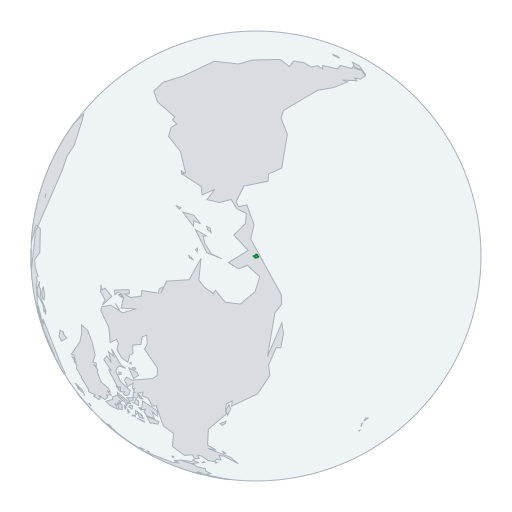 globe centered on Huehuetenango, rotated 222°
{"feature_id": "GTM-1943", "entity_name": "Huehuetenango", "entity_type": "Department", "adm_level": 1, "iso_a3": "GTM", "parent_name": "Guatemala", "parent_adm1": "", "projection": "orthographic", "projection_center": [-91.471, 15.613], "detail": "fine", "context": "on_globe", "style": "filled", "palette": "green", "viewbox_px": 512, "rotation_deg": 222, "n_neighbors": 0, "source": "natural_earth", "source_scale": "10m", "svg_char_len": 8829}
<svg xmlns="http://www.w3.org/2000/svg" viewBox="0 0 512 512"><g transform="rotate(222 256 256)"><circle cx="256" cy="256" r="225" fill="#eef3f6" stroke="#a8b0b8"/><path d="M307.2,283.0L301.9,280.9L297.1,287.9L278.5,278.0L271.2,265.0L211.4,244.2L204.7,237.3L203.8,226.1L180.2,189.0L192.1,223.6L183.6,216.7L176.2,204.3L179.7,201.4L173.7,183.4L165.7,176.4L162.6,154.4L173.7,128.1L176.7,132.4L179.1,126.2L175.4,120.8L172.4,118.8L175.5,95.3L165.5,83.1L155.7,85.1L163.1,80.7L140.1,89.4L130.4,89.7L145.4,86.0L150.1,83.1L145.6,81.2L149.4,78.0L149.5,75.4L154.5,72.0L162.8,70.9L166.2,68.8L162.8,67.7L165.7,64.1L170.2,65.9L175.6,60.0L190.7,58.6L198.6,69.0L211.1,67.7L230.1,78.0L232.4,75.1L241.1,78.0L247.1,76.0L248.9,79.2L252.1,75.0L249.3,72.6L249.8,70.1L253.0,68.9L255.9,72.4L254.7,73.5L257.3,74.0L257.3,76.4L259.1,74.6L262.3,79.4L264.0,73.0L270.6,75.6L271.3,79.3L264.9,80.9L250.7,95.9L249.5,101.3L254.2,106.8L276.6,112.2L277.9,117.9L284.3,124.1L286.5,119.7L282.3,113.3L288.0,107.3L282.2,101.0L283.6,97.9L280.2,91.3L287.6,90.4L296.6,93.3L299.9,99.1L303.9,100.8L306.4,94.2L317.8,104.6L334.6,111.5L336.8,114.9L331.1,122.3L317.1,124.4L309.6,136.7L321.4,127.1L326.7,136.7L330.5,137.9L334.3,136.8L335.0,132.8L338.3,136.0L327.9,146.0L324.7,143.1L328.1,139.8L321.5,141.2L314.5,149.2L317.7,154.0L303.7,163.0L305.9,166.8L304.0,171.3L301.6,164.4L305.7,177.3L289.8,193.7L295.2,217.4L282.4,199.8L273.2,198.3L262.4,199.4L263.1,203.2L247.9,201.1L235.4,209.8L232.8,228.9L239.5,243.2L256.2,243.2L260.4,234.8L272.1,232.6L265.6,254.9L286.5,256.8L285.5,273.2L291.8,281.2L301.8,278.3L312.3,281.4L319.0,271.3L330.2,265.0L331.3,278.1L336.8,265.4L343.5,271.0L365.3,267.5L363.9,270.7L382.3,283.2L400.9,286.3L405.2,294.8L403.1,301.1L409.2,301.3L409.3,305.1L432.1,304.6L442.4,310.2L441.2,323.1L430.8,340.7L417.3,372.8L397.5,387.0L389.7,399.3L369.6,418.2L357.9,419.2L358.5,426.1L349.8,431.7L341.4,433.3L337.7,438.5L331.4,439.5L333.9,442.2L320.6,449.6L320.7,454.1L310.2,459.5L310.5,461.8L307.6,462.0L303.9,463.3L302.5,464.7L295.2,463.2L296.7,457.4L301.9,454.0L298.2,453.8L309.5,444.7L304.4,446.8L311.1,433.0L321.1,420.4L333.0,382.5L329.6,375.1L314.1,367.4L295.7,338.5L301.6,325.4L297.2,319.6L311.7,300.0L307.2,283.0ZM64.1,210.6L65.4,205.4L66.2,209.2L64.1,210.6ZM65.2,202.0L64.9,203.8L64.9,202.2L65.2,202.0ZM64.5,200.7L65.0,201.6L64.2,201.0L64.5,200.7ZM63.3,199.5L64.0,199.9L63.9,200.1L63.3,199.5ZM295.0,225.6L318.8,235.1L306.2,237.7L308.5,235.4L302.2,231.1L290.9,227.7L279.6,231.0L295.0,225.6ZM62.2,196.2L62.0,195.2L62.8,195.1L62.2,196.2ZM303.5,211.6L299.5,211.1L303.3,210.6L303.5,211.6ZM170.5,118.6L174.9,121.1L176.8,127.5L172.7,125.7L170.5,118.6ZM167.5,107.5L170.6,107.3L167.7,113.2L166.8,111.4L167.5,107.5ZM147.8,87.8L150.7,88.7L146.6,89.0L147.8,87.8ZM148.6,75.7L146.5,76.6L147.4,75.0L148.6,75.7ZM276.4,92.3L278.2,91.8L277.9,93.3L276.4,92.3ZM273.1,90.1L271.4,92.2L269.6,91.4L270.7,90.2L273.1,90.1ZM155.9,68.4L157.9,65.9L157.3,68.2L155.9,68.4ZM275.7,87.8L266.6,89.9L263.4,88.7L265.0,83.0L275.7,87.8ZM160.0,64.3L164.9,58.8L160.8,60.1L175.2,54.1L166.3,60.3L166.2,62.8L163.5,62.6L160.0,64.3ZM247.0,72.4L250.1,74.9L244.5,74.0L247.0,72.4ZM243.3,72.5L225.3,74.7L222.3,70.9L228.9,70.7L222.6,67.1L230.0,64.1L235.1,65.4L235.6,68.3L238.0,65.1L243.3,72.5ZM182.3,51.9L184.8,50.7L183.8,51.8L182.3,51.9ZM249.5,69.1L246.2,69.6L243.3,66.3L249.5,64.6L248.4,66.1L249.5,69.1ZM217.4,67.9L216.3,65.4L222.0,62.1L222.4,60.8L229.9,63.7L217.4,67.9ZM250.7,66.3L252.7,63.8L257.1,64.4L252.6,68.3L250.7,66.3ZM240.0,66.2L238.9,64.6L241.5,64.9L240.0,66.2ZM273.5,66.0L269.5,66.3L267.7,64.5L273.5,66.0ZM253.2,62.9L251.7,62.7L250.5,62.2L252.7,60.8L253.2,62.9ZM233.4,61.5L236.0,60.8L230.6,60.1L234.6,58.0L238.9,60.5L238.8,58.5L240.0,57.9L242.1,60.7L233.4,61.5ZM251.4,57.9L258.2,60.9L266.0,60.5L267.8,61.9L255.0,62.4L251.4,57.9ZM245.8,59.2L249.7,58.7L250.0,60.6L247.5,62.2L245.8,59.2ZM235.8,55.8L228.5,58.4L227.8,57.8L235.8,55.8ZM253.6,57.3L251.9,56.6L254.1,57.0L253.6,57.3ZM241.2,55.7L238.7,56.6L238.0,55.9L241.2,55.7ZM250.6,54.7L252.8,55.6L251.2,56.6L250.6,54.7ZM246.2,54.9L245.9,53.7L249.3,56.4L245.2,55.3L246.2,54.9ZM241.0,55.0L239.7,54.8L242.1,54.7L241.0,55.0ZM255.4,50.8L260.1,53.9L256.5,56.0L252.5,52.5L255.4,50.8ZM306.4,466.5L295.4,464.0L302.0,465.0L309.1,462.4L313.9,464.5L306.4,466.5ZM326.1,459.0L332.9,456.8L333.8,457.3L329.3,458.9L326.1,459.0ZM409.4,91.0L408.1,89.9L413.0,94.5L414.1,95.5L418.7,100.2L414.4,96.5L420.0,104.3L436.7,127.0L438.0,132.0L434.7,132.1L419.1,114.1L418.0,105.2L412.4,99.7L404.5,95.2L404.8,93.2L401.5,90.7L400.3,87.6L390.5,78.6L388.0,75.5L376.5,68.1L373.6,65.8L381.3,70.6L385.3,72.8L378.2,66.8L374.6,64.5L367.6,60.4L366.6,59.7L381.7,69.0L396.0,79.5L409.4,91.0ZM366.4,59.6L360.7,56.6L355.5,53.9L366.4,59.6ZM353.8,53.0L357.6,55.3L349.5,51.7L340.6,47.7L338.8,47.2L353.3,53.9L358.4,56.3L361.4,57.5L375.9,65.8L380.0,68.9L368.0,62.8L372.5,66.9L361.2,61.3L328.7,45.0L319.1,41.0L319.6,39.9L326.8,42.1L329.5,43.2L331.9,43.9L353.8,53.0ZM314.6,38.5L314.3,38.4L314.0,38.3L314.6,38.5ZM261.9,30.8L242.9,31.6L232.2,32.2L234.1,31.8L216.4,34.5L205.7,36.5L207.5,36.2L200.1,38.2L203.4,37.5L203.7,37.7L186.4,44.4L180.6,46.4L175.1,50.4L176.0,50.5L180.1,49.1L175.2,54.1L160.8,60.1L159.4,59.5L151.3,64.2L149.4,62.6L144.1,64.0L146.8,60.5L142.3,62.4L139.6,64.2L131.6,68.7L125.7,72.2L131.4,68.3L142.0,61.7L155.3,56.7L150.9,57.7L155.4,55.4L156.0,54.7L152.6,56.0L150.0,57.3L154.3,55.0L168.8,48.3L183.6,42.7L198.9,38.1L214.4,34.6L230.1,32.2L246.0,30.9L261.9,30.8ZM480.0,232.3L479.2,246.4L476.1,240.8L465.3,217.1L463.1,203.2L457.4,190.2L438.3,133.0L440.1,131.6L431.8,115.2L441.4,128.0L450.0,141.6L457.7,155.7L464.3,170.3L469.9,185.3L474.4,200.7L477.8,216.4L480.0,232.3ZM451.8,158.0L454.0,162.0L451.8,158.0ZM366.0,267.2L368.7,269.3L365.3,269.9L366.0,267.2ZM305.0,243.3L309.8,243.2L312.5,245.0L308.9,246.0L305.0,243.3ZM344.1,239.4L349.4,239.9L344.1,241.7L344.1,239.4ZM322.4,236.2L339.9,239.6L329.7,244.7L318.6,242.8L326.0,240.8L322.4,236.2ZM302.3,219.5L305.4,220.2L304.8,222.7L302.3,219.5ZM306.3,211.4L305.2,211.7L303.5,209.8L306.3,211.4ZM327.3,136.0L328.3,135.4L332.3,135.1L330.9,137.0L327.3,136.0ZM347.2,125.2L352.1,130.8L347.6,127.8L346.7,131.1L336.2,129.5L337.4,116.5L338.7,122.4L347.2,125.2ZM322.5,124.6L329.0,126.5L321.8,124.9L322.5,124.6ZM384.1,81.7L386.3,81.8L390.7,85.3L393.7,91.0L387.4,85.8L384.1,81.7ZM388.4,81.4L375.6,74.8L373.2,71.6L376.7,74.4L376.4,72.9L382.0,77.2L392.2,81.3L396.7,84.8L399.9,92.3L396.4,87.7L394.4,87.5L388.4,81.4ZM347.3,69.4L341.7,68.1L343.7,62.6L348.6,64.5L352.0,69.8L348.1,70.7L347.3,69.4ZM280.2,78.0L277.9,79.0L277.1,77.8L278.4,76.0L280.2,78.0ZM271.8,66.3L289.2,72.8L287.5,74.1L299.8,77.2L300.0,82.1L292.1,79.8L301.5,86.2L294.4,86.2L301.3,90.3L283.6,84.7L277.6,85.4L284.2,82.7L284.1,78.0L282.2,76.2L272.6,72.0L259.7,71.9L257.5,67.9L259.4,65.1L262.2,64.5L262.7,67.1L266.0,64.4L268.9,67.9L271.8,66.3ZM282.9,43.3L282.4,45.2L289.5,43.2L292.4,45.5L293.1,45.2L297.7,46.9L304.5,48.6L304.9,49.8L307.4,50.0L310.5,51.4L314.0,52.2L316.0,54.7L320.4,56.0L318.8,56.6L326.0,58.2L321.5,58.2L325.1,60.5L327.5,59.3L329.4,74.3L333.6,81.6L339.6,88.1L331.1,88.0L320.1,82.3L309.2,74.7L306.3,68.0L303.0,69.5L300.7,67.0L304.3,66.8L297.3,65.6L296.3,63.5L286.6,58.7L277.2,58.9L273.4,57.4L276.6,56.3L270.6,55.7L274.0,52.8L271.4,51.8L272.2,48.3L279.9,47.3L276.3,46.4L276.8,44.1L282.9,43.3ZM255.9,49.7L264.5,47.3L270.3,47.6L266.5,53.7L268.4,55.0L266.2,59.5L257.8,59.2L259.2,57.9L258.6,56.5L261.5,57.1L258.8,55.7L260.6,53.9L259.0,52.4L262.2,51.9L255.9,49.7ZM423.8,106.1L422.5,104.6L427.3,109.9L428.0,110.9L423.8,106.1ZM417.8,99.6L422.1,104.1L420.2,102.3L417.8,99.6ZM379.7,69.3L378.0,67.8L379.4,68.6L382.2,70.5L379.7,69.3ZM304.7,40.3L303.5,40.8L302.0,40.4L295.6,40.3L292.9,39.0L295.7,38.5L304.7,40.3ZM300.8,38.9L298.4,38.9L298.5,38.3L300.8,38.9ZM290.6,38.1L290.1,37.2L291.9,38.8L290.6,38.1ZM296.1,34.3L297.9,34.7L287.5,33.2L274.6,31.7L286.5,32.9L293.3,33.8L293.7,33.9L296.1,34.3ZM247.1,31.4L246.2,31.9L243.2,31.9L247.1,31.4ZM249.0,31.5L254.3,31.9L251.6,32.4L247.9,31.9L249.0,31.5ZM277.9,34.1L281.6,34.4L281.4,34.8L277.9,34.1ZM183.0,50.8L184.6,50.7L182.1,51.6L183.0,50.8ZM205.7,37.3L205.6,37.6L202.7,38.3L205.7,37.3ZM203.9,39.0L207.3,37.9L204.7,39.1L203.9,39.0ZM214.7,35.9L209.1,37.6L213.1,35.9L214.7,35.9Z" fill="#d9dde1" stroke="#a8b0b8" stroke-width="1"/><path d="M253.6,256.6L253.7,256.4L254.0,255.9L254.3,255.3L254.6,254.9L254.8,254.6L254.9,254.4L255.0,254.2L255.7,254.2L256.3,254.2L256.8,254.2L257.3,254.2L257.8,254.2L257.3,255.1L257.1,255.7L257.0,255.8L256.9,255.8L256.7,255.9L256.7,256.0L256.6,256.3L256.5,256.5L256.7,256.8L256.8,256.8L257.0,256.8L257.1,257.0L257.1,257.3L256.9,257.3L256.6,257.3L256.4,257.4L256.3,257.5L256.1,257.5L256.0,257.8L255.9,257.8L255.7,257.7L255.4,257.5L255.4,257.4L255.2,257.3L255.1,257.2L254.8,257.1L254.7,257.1L254.4,257.0L254.2,257.1L254.0,257.3L253.8,257.3L253.7,256.9L253.6,256.7L253.6,256.6Z" fill="#22c55e" stroke="#15803d" stroke-width="1.5"/></g></svg>